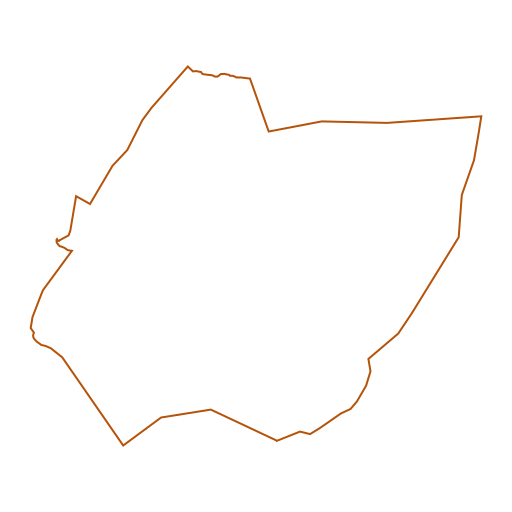 outline of Biger, Govi-Altay, Mongolia, rotated 270°
{"feature_id": "93677404B62512479236782", "entity_name": "Biger", "entity_type": "district", "adm_level": 2, "iso_a3": "MNG", "parent_name": "Mongolia", "parent_adm1": "Govi-Altay", "projection": "mercator", "projection_center": [97.259, 45.717], "detail": "fine", "context": "isolated", "style": "outline", "palette": "amber", "viewbox_px": 512, "rotation_deg": 270, "n_neighbors": 0, "source": "geoboundaries", "source_scale": "gbopen_adm2", "svg_char_len": 1203}
<svg xmlns="http://www.w3.org/2000/svg" viewBox="0 0 512 512"><g transform="rotate(270 256 256)"><path d="M221.9,43.0L217.8,41.3L194.9,32.5L183.9,30.7L179.4,33.9L176.8,33.1L174.8,33.3L173.1,34.2L170.6,36.5L167.0,41.4L166.1,45.4L163.8,50.7L154.7,62.2L66.5,123.2L94.5,161.1L102.4,210.8L78.0,262.7L71.3,276.9L71.2,276.9L80.4,300.0L77.9,310.1L84.3,320.4L98.6,341.0L103.0,350.5L110.5,356.9L126.3,366.1L140.7,370.5L153.1,368.4L178.4,398.2L199.2,412.1L274.8,458.7L317.0,461.8L351.8,474.0L379.2,478.7L395.7,481.3L389.1,387.1L390.6,321.7L380.5,268.7L433.4,250.0L434.6,240.3L434.4,238.7L434.7,237.7L434.5,236.3L435.2,235.3L436.2,232.6L436.2,230.1L437.2,229.0L437.5,227.0L438.1,224.6L438.0,222.6L438.0,220.9L436.7,219.3L435.4,217.5L435.4,214.9L436.4,213.0L436.8,211.6L437.0,209.6L437.3,207.1L437.8,203.3L438.4,202.1L440.0,201.0L440.1,200.2L440.9,196.3L440.6,193.0L445.5,187.8L404.3,151.6L391.9,142.4L362.0,127.3L346.2,112.5L308.0,90.0L315.8,76.1L281.3,70.3L276.6,68.6L271.6,59.3L271.1,59.0L271.2,58.1L272.1,57.3L272.8,57.0L272.1,56.5L269.5,56.7L267.7,58.0L265.8,59.7L265.5,61.1L264.2,64.4L262.3,67.1L261.7,68.3L261.5,69.8L261.2,71.9L221.9,43.0L221.9,43.0Z" fill="none" stroke="#b45309" stroke-width="2"/></g></svg>